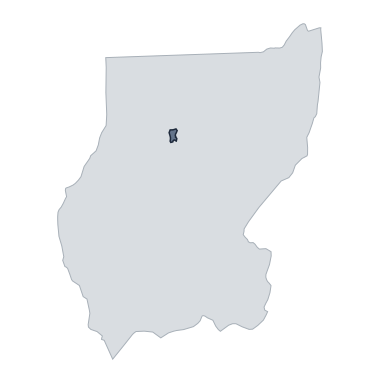 where Kampala sits in Uganda, rotated 178°
{"feature_id": "UGA-3088", "entity_name": "Kampala", "entity_type": "District", "adm_level": 1, "iso_a3": "UGA", "parent_name": "Uganda", "parent_adm1": "", "projection": "natural_earth1", "projection_center": [32.596, 0.389], "detail": "fine", "context": "in_parent", "style": "filled", "palette": "slate", "viewbox_px": 384, "rotation_deg": 178, "n_neighbors": 0, "source": "natural_earth", "source_scale": "10m", "svg_char_len": 2615}
<svg xmlns="http://www.w3.org/2000/svg" viewBox="0 0 384 384"><g transform="rotate(178 192 192)"><path d="M273.5,329.3L268.1,329.3L259.2,329.3L250.3,329.3L241.5,329.3L232.6,329.3L223.7,329.3L214.8,329.3L206.0,329.3L197.1,329.3L188.2,329.3L179.3,329.3L170.5,329.3L161.6,329.3L152.7,329.3L143.8,329.3L135.0,329.3L126.1,329.3L120.8,329.3L119.8,329.1L119.1,328.9L115.7,329.6L112.3,332.2L108.6,333.2L104.6,332.8L104.1,333.1L102.1,333.0L99.3,332.8L96.7,333.5L94.7,335.7L92.6,339.5L89.0,343.9L86.2,347.7L83.7,350.5L78.2,355.0L75.2,356.3L73.7,356.1L72.8,355.3L71.0,349.5L70.0,348.6L59.2,351.6L57.5,351.6L57.7,349.8L56.9,336.2L56.8,327.9L58.2,322.7L59.0,316.7L59.1,311.4L61.1,302.4L60.3,297.0L62.9,278.0L63.6,274.9L64.6,265.8L66.2,262.9L67.6,261.8L69.4,256.2L72.9,247.2L75.4,242.6L74.9,232.5L75.2,225.6L75.8,224.1L81.0,221.6L87.8,215.2L90.7,207.7L94.7,203.0L102.5,199.9L125.7,174.2L136.5,160.4L141.2,153.3L141.4,150.8L142.3,147.5L140.4,144.9L138.2,142.5L137.4,140.3L135.5,139.2L132.7,139.3L130.9,137.7L128.8,134.6L126.7,132.6L120.1,132.8L115.1,129.6L115.1,125.3L117.1,116.8L121.0,107.0L121.2,104.3L120.6,102.0L119.7,100.0L118.0,98.1L116.3,95.7L117.6,88.7L120.0,81.8L122.0,78.4L124.0,74.5L123.4,71.4L120.6,69.8L122.1,66.7L125.1,61.5L131.0,56.3L136.2,52.8L139.7,52.7L146.5,55.5L152.6,58.8L155.9,59.0L160.0,57.6L168.5,51.8L170.5,53.6L173.0,57.2L175.6,63.1L180.9,65.7L183.5,67.6L185.3,68.1L186.3,67.6L188.4,63.0L190.8,60.5L195.3,57.4L205.2,54.8L212.3,54.1L215.3,53.5L220.4,52.0L228.3,47.3L236.1,53.4L244.6,54.6L252.9,54.5L255.4,52.7L256.8,51.3L265.4,41.2L277.1,27.7L284.9,46.8L287.6,47.9L287.2,49.6L286.6,51.2L291.7,55.8L297.9,58.2L300.2,60.6L300.4,63.1L298.3,74.3L298.7,77.5L300.7,88.7L304.4,91.2L307.8,102.5L314.5,107.3L315.4,108.7L317.0,114.1L319.0,120.1L320.6,121.5L321.6,121.9L323.6,128.2L322.4,131.8L324.0,142.6L326.5,152.3L327.2,163.9L327.2,169.0L327.1,172.1L326.6,176.5L325.4,179.1L323.2,181.5L320.9,185.4L318.8,189.6L317.5,191.7L318.5,197.9L318.3,199.6L317.7,200.4L314.7,201.3L310.8,203.0L308.4,204.6L305.1,207.8L302.4,211.2L298.9,221.3L293.0,229.2L292.0,231.8L286.4,236.5L284.0,242.3L282.4,249.3L280.2,254.4L275.5,261.4L274.5,272.4L274.6,294.4L273.4,319.5L273.5,329.3Z" fill="#d9dde1" stroke="#a8b0b8" stroke-width="1"/><path d="M207.4,244.6L208.3,244.5L209.1,243.8L209.4,242.8L210.4,242.5L211.5,242.3L212.1,243.6L211.8,244.9L211.6,246.8L211.9,248.7L212.8,252.1L211.7,254.8L208.8,254.8L205.8,255.6L204.7,253.9L205.7,251.6L206.4,250.6L206.7,249.0L206.7,248.6L206.3,248.2L206.3,247.7L206.5,247.3L205.7,246.6L205.3,245.9L205.9,243.5L206.8,243.9L207.4,244.6Z" fill="#64748b" stroke="#1e293b" stroke-width="1.5"/></g></svg>